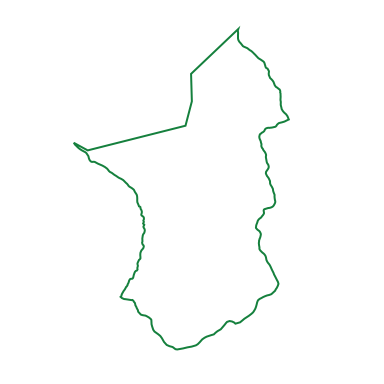 outline of Dekiling, Geylegphug, Bhutan, rotated 170°
{"feature_id": "84629894B28878505567361", "entity_name": "Dekiling", "entity_type": "district", "adm_level": 2, "iso_a3": "BTN", "parent_name": "Bhutan", "parent_adm1": "Geylegphug", "projection": "robinson", "projection_center": [90.344, 26.935], "detail": "fine", "context": "isolated", "style": "outline", "palette": "green", "viewbox_px": 384, "rotation_deg": 170, "n_neighbors": 0, "source": "geoboundaries", "source_scale": "gbopen_adm2", "svg_char_len": 6021}
<svg xmlns="http://www.w3.org/2000/svg" viewBox="0 0 384 384"><g transform="rotate(170 192 192)"><path d="M280.5,101.1L279.4,99.7L277.5,98.4L276.1,98.0L270.2,96.0L269.4,96.0L268.6,95.0L268.3,94.0L267.6,92.9L267.4,91.5L267.4,90.1L266.9,88.9L266.5,87.0L265.8,85.0L265.8,83.5L263.7,80.2L262.3,79.4L259.2,78.3L258.0,77.4L257.4,76.9L256.2,75.9L255.7,75.3L255.2,74.7L254.7,74.1L254.3,73.4L254.3,72.6L254.5,71.0L254.8,68.8L254.6,66.5L254.1,63.1L253.2,61.1L249.9,57.7L248.2,55.7L247.0,53.2L245.6,49.2L243.5,45.8L241.0,44.1L238.0,42.7L235.6,40.1L233.9,39.5L228.0,39.5L223.5,39.8L219.1,39.8L214.8,40.3L212.8,41.1L210.5,42.7L207.5,45.1L204.9,46.3L202.7,47.0L197.9,47.7L195.2,48.0L193.3,49.3L191.1,50.5L187.5,51.8L183.1,55.4L181.1,57.2L180.0,58.0L177.4,58.4L175.0,57.5L173.2,56.2L172.1,54.8L167.3,55.3L164.8,56.7L162.4,58.1L157.5,60.2L154.6,61.7L152.7,62.9L151.3,64.4L149.9,66.1L148.8,68.0L147.9,69.9L147.0,72.0L145.9,73.8L144.1,74.9L142.1,75.5L140.1,76.2L138.1,76.7L136.0,77.1L133.8,77.2L131.6,77.6L130.0,78.6L127.2,80.4L126.6,81.4L125.1,82.9L123.8,84.7L122.8,86.5L122.9,87.8L123.0,88.6L123.2,89.3L123.5,90.1L124.9,94.7L125.4,96.2L125.6,97.0L125.7,97.8L125.9,98.6L126.6,100.9L126.8,101.6L127.0,102.4L127.4,104.0L127.6,104.8L127.8,105.5L128.1,106.3L128.3,107.0L128.7,107.7L129.1,108.4L129.5,109.1L129.8,109.8L130.1,110.6L130.3,111.4L130.5,112.2L130.5,114.6L130.6,115.4L130.7,116.1L131.0,116.9L131.3,117.6L131.7,118.3L132.2,119.0L133.2,120.1L133.7,120.8L134.6,122.1L135.0,122.8L135.3,123.5L135.5,124.3L135.3,125.1L135.2,125.9L135.2,126.7L135.2,127.5L135.2,128.3L135.1,129.0L135.1,129.8L134.9,130.6L134.6,131.3L134.5,132.1L134.2,132.9L133.8,133.5L133.5,134.3L133.0,134.9L132.3,136.3L132.0,137.1L131.7,137.8L131.5,138.6L131.6,139.4L131.8,140.2L132.0,140.9L132.4,141.7L132.9,142.3L134.0,143.4L134.7,144.5L135.2,145.4L135.2,146.0L134.9,146.8L134.7,147.6L134.4,148.3L134.0,149.0L133.2,150.3L132.8,151.0L132.5,151.8L132.0,152.4L131.5,153.0L130.9,153.5L130.3,153.9L129.6,154.3L128.9,154.6L128.2,155.0L127.7,155.6L125.9,157.1L125.4,157.7L124.9,158.3L124.7,159.1L124.7,159.9L124.7,160.7L124.6,161.5L124.2,162.2L123.5,162.5L122.7,162.6L121.2,162.8L119.7,163.0L118.9,162.9L118.1,162.9L116.6,163.1L115.9,163.3L115.1,163.6L114.5,164.0L113.9,164.5L113.4,165.1L112.9,165.7L112.4,166.4L112.0,167.0L111.7,167.8L111.6,168.6L111.7,169.4L111.7,170.2L111.7,171.0L111.6,172.6L111.5,173.4L111.3,174.2L111.2,175.2L111.4,176.0L111.7,177.5L111.8,178.3L111.9,179.1L111.8,180.7L111.9,181.5L112.2,182.3L112.4,183.1L113.3,185.3L113.5,186.1L113.6,186.9L113.5,187.6L113.4,188.4L113.3,189.2L113.5,190.0L113.7,190.8L113.9,191.6L114.1,192.3L114.5,193.1L114.8,193.8L115.2,194.4L115.7,196.0L115.9,196.8L116.0,197.6L115.8,198.3L115.5,199.1L115.0,199.6L114.4,200.2L113.3,201.3L112.8,201.9L112.4,202.5L112.1,203.3L112.0,204.1L112.1,204.9L112.2,205.7L112.5,206.4L112.9,207.1L113.1,207.9L113.2,208.7L113.2,210.3L113.2,211.9L113.2,212.7L113.2,213.5L113.0,214.3L112.7,215.1L112.6,215.9L112.7,216.6L112.9,217.4L113.1,218.2L113.4,218.9L114.2,220.4L114.5,221.1L114.7,221.8L114.8,222.4L115.3,223.1L115.5,223.8L115.7,224.6L115.7,225.4L115.3,226.9L115.3,227.7L115.5,228.5L115.5,229.3L115.5,230.1L115.7,230.9L115.9,231.7L116.1,232.5L116.2,233.3L116.2,234.1L116.1,234.9L115.8,235.6L115.5,236.3L115.1,237.0L114.4,237.4L113.7,237.7L113.1,238.2L112.4,238.4L111.6,238.7L111.0,239.0L110.3,239.5L109.8,240.1L109.4,240.8L108.9,241.3L108.2,241.7L107.4,241.9L106.7,242.0L105.9,242.0L104.4,241.7L103.6,241.7L102.9,241.6L102.1,241.6L101.4,241.6L99.8,241.7L99.1,241.7L98.3,241.9L97.4,242.5L96.6,243.5L95.2,244.4L94.3,244.8L91.2,245.0L88.7,245.3L85.3,246.3L84.1,246.6L84.8,250.0L85.2,250.8L85.7,252.0L87.5,254.3L88.5,256.0L89.3,258.2L89.3,259.5L89.5,262.3L88.9,265.3L88.9,267.3L88.2,270.3L88.0,271.8L87.7,273.8L87.9,274.6L87.6,275.6L87.6,276.5L87.9,277.7L88.7,278.5L89.3,279.2L90.2,280.2L91.2,281.1L92.0,282.9L92.6,286.2L93.2,287.6L94.1,289.1L95.3,290.7L95.6,292.2L96.0,293.7L95.9,295.2L95.3,297.2L95.3,297.8L96.2,300.4L97.4,301.3L97.7,301.9L97.9,302.8L97.9,303.5L98.1,304.8L98.2,306.2L98.6,307.5L99.0,308.1L100.1,309.2L101.3,310.4L102.7,311.6L103.5,312.4L104.6,314.1L105.0,314.7L105.6,315.7L108.5,319.8L109.5,320.9L110.4,321.6L111.3,322.6L112.5,324.0L115.8,326.2L116.5,326.8L118.2,330.0L118.6,330.6L119.0,331.2L119.4,332.0L119.8,333.1L120.0,334.0L120.0,335.5L119.8,336.5L119.4,338.9L119.1,339.8L119.1,340.4L118.9,341.2L118.9,342.9L118.1,344.5L172.4,308.5L176.4,281.3L186.9,258.4L287.5,251.1L299.9,261.0L298.8,258.7L297.8,257.4L297.0,256.2L296.0,254.9L294.8,253.6L293.3,252.2L289.9,249.5L289.3,248.7L287.8,245.3L287.7,243.2L287.4,241.6L286.9,240.5L286.4,239.8L285.9,239.3L285.2,239.0L283.3,238.8L282.4,238.4L279.8,236.3L275.7,233.6L273.5,231.8L271.6,229.8L271.0,228.8L270.1,227.0L269.2,225.9L267.7,224.8L265.4,222.3L264.1,221.2L262.1,219.2L261.3,218.5L259.4,217.2L257.6,215.6L255.4,212.4L254.5,211.3L253.7,209.8L253.5,209.2L252.7,208.1L250.7,206.4L249.0,204.5L248.7,203.8L248.3,202.2L247.1,199.4L246.9,198.8L246.8,197.3L247.0,195.4L247.5,192.7L247.6,191.3L247.0,188.9L246.7,187.1L246.0,186.7L245.5,186.2L245.5,185.5L245.5,184.3L245.0,183.0L244.8,181.7L244.9,180.8L245.2,179.9L245.8,178.8L245.9,178.2L245.6,177.5L244.3,176.2L243.9,175.3L244.0,173.7L244.9,172.2L244.6,170.9L245.6,169.5L245.3,168.8L244.7,168.2L245.0,167.4L245.7,166.7L245.9,166.1L245.7,165.1L245.2,163.9L245.1,162.7L245.3,161.9L245.8,160.7L246.1,160.1L247.4,158.8L248.0,157.8L249.0,154.8L249.2,153.3L249.4,151.9L249.9,150.9L249.9,149.6L249.6,148.7L249.0,147.8L248.9,147.1L249.0,146.5L249.8,145.0L252.0,143.2L253.1,141.5L253.4,140.9L253.9,138.9L254.1,136.8L254.4,135.4L255.1,134.8L256.0,134.3L256.7,133.3L257.6,132.0L258.1,131.1L258.2,130.3L258.1,128.7L258.5,127.8L258.9,127.0L259.1,126.0L259.1,125.1L259.8,124.3L261.1,124.0L261.9,123.4L262.4,122.8L263.7,120.5L264.7,118.1L265.3,117.3L265.8,117.0L267.6,117.1L268.2,116.9L269.2,115.8L270.3,113.6L271.5,112.1L271.7,111.4L272.7,110.3L273.2,110.1L275.1,107.7L276.5,106.4L278.5,104.0L279.1,103.1L279.6,101.9L280.0,101.4L280.5,101.1Z" fill="none" stroke="#15803d" stroke-width="2"/></g></svg>